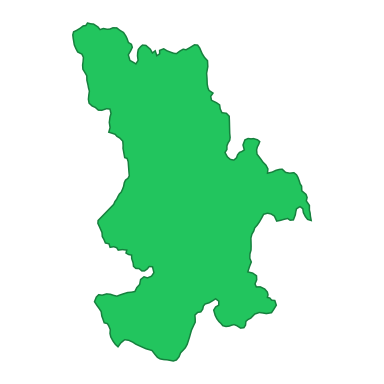 Camacan, Bahia, Brazil
{"feature_id": "56859067B31300760989852", "entity_name": "Camacan", "entity_type": "district", "adm_level": 2, "iso_a3": "BRA", "parent_name": "Brazil", "parent_adm1": "Bahia", "projection": "robinson", "projection_center": [-39.517, -15.442], "detail": "fine", "context": "isolated", "style": "filled", "palette": "green", "viewbox_px": 384, "rotation_deg": 0, "n_neighbors": 0, "source": "geoboundaries", "source_scale": "gbopen_adm2", "svg_char_len": 4281}
<svg xmlns="http://www.w3.org/2000/svg" viewBox="0 0 384 384"><path d="M128.4,42.5L127.0,38.5L125.8,36.0L123.5,32.5L119.7,30.2L116.8,27.9L112.9,27.8L109.8,29.1L107.2,29.3L103.4,28.5L100.0,29.6L98.0,27.0L93.6,24.1L90.7,23.8L87.5,23.0L85.8,25.6L83.2,25.9L80.1,28.3L76.4,30.5L73.6,31.8L72.8,34.9L73.2,38.4L73.7,41.2L74.3,44.9L75.8,48.4L77.7,52.0L81.9,54.1L83.4,57.3L83.1,61.6L82.6,65.1L82.9,69.2L84.8,72.3L86.8,75.8L86.9,80.3L88.0,85.0L88.5,87.9L89.4,91.1L88.8,95.1L88.4,99.3L89.1,103.2L92.1,106.0L95.3,107.4L98.3,110.1L101.7,110.3L106.6,108.7L110.0,109.1L111.0,113.5L110.0,117.0L109.3,122.4L110.1,127.6L108.8,132.2L112.0,133.2L115.2,134.3L116.9,136.3L119.9,138.1L122.8,141.2L123.1,145.6L123.0,148.4L123.6,151.5L124.1,154.4L124.7,157.6L127.1,158.4L128.2,161.7L128.6,167.4L129.0,172.6L129.3,175.8L128.0,178.3L125.5,180.1L124.3,182.7L123.6,186.4L122.5,189.3L121.2,192.2L119.4,194.0L118.0,196.5L116.7,199.2L115.0,201.4L113.7,204.4L98.1,220.5L97.9,223.4L99.5,226.8L100.8,229.8L102.0,232.5L102.3,236.6L103.9,239.4L105.4,243.0L109.0,243.8L110.1,247.3L113.8,246.7L116.7,247.7L118.2,250.1L122.4,249.6L126.8,250.1L126.0,253.0L128.5,254.5L131.6,255.1L131.7,258.6L133.1,262.8L133.5,266.3L135.8,268.4L139.2,268.6L141.8,270.9L144.5,270.9L147.2,269.0L149.2,266.5L152.5,266.8L153.9,272.6L151.5,276.2L147.4,277.9L144.0,276.8L140.6,279.5L139.7,284.4L136.8,287.6L134.9,291.5L131.5,292.2L127.7,292.5L123.1,293.9L119.6,295.1L116.9,296.2L113.4,295.3L110.5,294.3L106.6,293.9L102.1,295.2L98.7,294.7L96.3,297.1L94.5,301.7L96.9,305.4L99.3,308.7L101.2,311.6L101.8,316.0L102.9,319.0L104.2,322.8L107.4,323.6L108.8,326.0L110.3,329.6L110.0,333.5L110.8,337.0L113.1,341.2L115.4,344.4L118.0,346.8L120.8,342.9L124.7,339.7L128.8,340.3L132.7,342.1L135.7,344.1L138.5,345.4L142.7,347.3L146.1,348.8L149.0,349.6L152.0,350.5L154.8,354.2L157.4,357.3L160.1,358.9L163.9,359.6L167.1,359.8L170.3,360.4L173.3,361.0L176.4,360.0L179.0,356.8L180.6,352.8L183.2,350.1L185.3,347.8L187.2,344.3L188.1,341.5L189.4,337.5L190.4,333.9L191.5,330.1L193.7,325.3L195.2,322.2L195.2,319.0L194.9,315.1L197.7,312.4L200.8,311.9L202.7,309.2L203.4,306.0L205.1,304.0L209.1,302.8L212.0,301.1L215.6,298.8L218.8,301.2L218.7,305.2L215.6,307.0L213.7,310.1L215.2,315.4L216.9,318.8L219.0,321.6L220.9,323.4L222.8,325.7L226.0,326.5L229.2,326.1L231.6,325.2L234.0,324.6L236.7,325.6L240.6,328.1L243.9,327.7L245.5,325.2L245.9,321.4L247.9,319.6L250.7,318.2L254.7,314.1L259.3,312.5L263.0,313.0L266.3,313.6L271.5,312.7L273.8,309.3L276.3,305.2L274.8,300.5L271.6,300.2L269.8,298.0L267.4,297.5L268.0,294.8L267.3,292.0L264.7,289.0L260.4,286.9L256.3,286.9L255.0,283.9L256.7,279.8L256.5,275.8L252.7,273.1L247.8,271.9L249.6,266.3L251.3,262.0L249.8,258.3L249.9,254.0L251.0,250.1L251.1,246.2L251.0,241.3L250.9,238.0L251.9,234.2L253.7,231.1L254.7,227.9L257.2,225.1L259.4,221.9L261.6,218.1L263.6,214.3L267.5,213.2L271.2,214.0L274.4,216.1L276.7,221.1L280.3,220.4L284.1,219.3L287.7,218.5L290.1,220.2L293.4,219.9L295.3,214.9L295.8,211.7L296.5,208.8L300.0,206.6L302.8,208.7L303.4,212.7L305.4,216.6L307.6,219.4L311.2,220.5L310.4,216.1L310.1,213.0L309.4,210.1L309.4,205.4L306.3,200.9L307.1,197.5L306.0,194.4L301.8,190.8L301.6,186.1L300.1,183.8L299.3,181.1L297.9,177.3L296.5,174.8L293.9,172.7L289.7,173.2L285.6,172.4L282.2,169.2L279.5,169.4L276.0,170.3L272.2,172.1L267.5,173.2L267.9,168.9L265.9,165.1L262.9,162.1L260.8,159.1L259.2,157.0L257.0,154.1L256.6,149.9L257.3,147.0L258.7,144.3L259.7,141.6L257.5,139.8L253.5,138.6L251.0,138.9L248.1,138.5L244.9,139.9L243.0,145.0L244.3,149.9L241.9,151.5L239.5,152.4L237.6,154.8L236.5,157.8L233.8,160.1L230.3,159.4L227.4,156.9L225.0,152.5L226.9,149.5L226.9,145.8L228.2,142.7L229.7,140.3L230.1,137.4L229.7,133.3L229.4,120.9L229.2,116.2L226.4,113.3L221.9,112.7L220.2,108.9L219.6,104.9L216.6,102.8L211.5,100.3L210.7,96.4L213.0,93.1L209.0,90.4L207.9,87.8L207.2,84.1L207.0,78.4L206.6,73.2L207.8,66.7L207.5,60.7L204.4,57.3L202.1,53.6L199.7,48.0L197.6,45.1L194.5,44.8L189.6,47.8L186.0,49.8L183.2,49.2L179.8,51.1L176.5,53.6L173.8,53.3L171.2,52.4L167.0,50.8L163.7,48.8L159.6,50.4L159.7,53.8L156.8,55.7L155.2,50.8L152.4,53.0L150.3,49.2L145.9,45.4L142.5,45.1L140.6,46.7L138.3,49.5L137.7,52.6L137.5,55.9L138.1,60.4L135.9,63.9L133.1,62.2L129.9,60.4L128.3,54.8L130.7,50.7L132.3,47.3L131.4,44.3L128.4,42.5Z" fill="#22c55e" stroke="#15803d" stroke-width="1.5"/></svg>